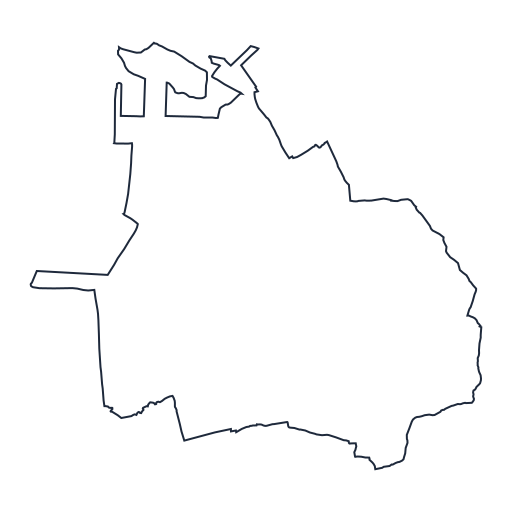 outline of Fruntiseni, Vaslui, Romania
{"feature_id": "2599482B75972445182391", "entity_name": "Fruntiseni", "entity_type": "district", "adm_level": 2, "iso_a3": "ROU", "parent_name": "Romania", "parent_adm1": "Vaslui", "projection": "mercator", "projection_center": [27.757, 46.208], "detail": "fine", "context": "isolated", "style": "outline", "palette": "slate", "viewbox_px": 512, "rotation_deg": 0, "n_neighbors": 0, "source": "geoboundaries", "source_scale": "gbopen_adm2", "svg_char_len": 5999}
<svg xmlns="http://www.w3.org/2000/svg" viewBox="0 0 512 512"><path d="M476.1,288.6L473.1,285.3L470.9,282.3L469.4,280.9L468.7,278.9L466.5,275.3L463.0,272.7L459.9,270.0L458.0,263.1L453.9,259.7L450.2,257.2L446.6,252.6L446.0,251.1L446.5,246.8L444.4,242.9L443.3,240.0L443.6,237.3L439.5,234.1L432.6,230.5L431.0,228.7L429.9,225.9L422.4,215.5L420.1,212.9L419.3,212.6L416.7,209.7L415.7,207.4L416.1,206.8L414.2,205.2L411.2,200.9L410.2,200.3L408.1,199.3L407.4,199.2L401.1,199.8L397.5,201.1L394.3,201.0L391.6,200.7L391.8,200.4L391.1,200.1L386.4,199.0L383.5,198.6L371.3,200.6L366.8,200.7L364.7,200.4L358.5,200.9L357.3,201.3L355.9,201.4L353.8,201.3L350.3,200.7L348.9,184.8L346.9,182.9L345.4,181.1L344.4,179.6L343.6,177.2L340.9,171.8L337.9,166.6L337.5,164.7L336.3,161.3L327.1,141.5L325.8,142.4L324.7,142.9L324.5,143.5L323.4,144.6L321.9,145.4L320.8,146.9L319.8,147.6L319.2,147.6L318.8,147.4L317.0,145.6L315.8,144.8L315.3,144.9L314.4,146.4L313.0,146.9L307.8,150.7L301.1,154.8L297.1,157.0L293.2,158.1L292.2,156.4L289.2,158.2L285.4,152.5L281.7,146.3L281.1,144.9L279.3,139.7L277.8,136.7L276.9,135.4L274.5,130.2L271.9,125.7L270.3,121.9L268.7,119.5L267.8,118.4L266.4,117.5L264.0,114.4L258.9,108.4L258.0,106.7L256.4,102.7L255.2,99.0L254.8,97.0L254.5,94.3L254.5,92.2L257.9,91.3L255.4,87.5L256.1,86.7L241.1,65.3L251.2,55.5L257.4,49.9L258.4,48.5L254.2,47.0L250.7,46.1L246.9,50.2L230.8,65.6L227.7,62.8L225.2,60.2L224.4,58.8L209.6,56.1L209.1,56.6L209.3,57.4L210.8,58.4L211.6,61.1L211.8,62.8L213.7,63.6L217.7,64.7L219.2,65.2L219.9,65.8L217.3,68.6L214.4,72.3L212.0,76.1L212.3,77.0L215.3,78.7L217.0,79.4L224.5,84.3L237.5,91.3L240.5,92.6L241.7,93.7L241.1,93.6L240.1,93.9L239.2,94.6L230.8,102.7L228.6,104.1L227.6,104.5L225.6,104.6L221.3,107.2L219.9,108.6L218.5,114.5L217.9,117.6L217.8,117.9L215.8,118.0L212.2,117.5L203.5,117.5L199.6,116.8L165.6,116.0L166.7,82.6L167.1,82.6L169.0,83.4L169.7,84.0L172.9,87.6L174.0,89.1L175.0,91.9L175.4,92.4L177.6,93.2L178.9,93.3L181.9,92.8L183.7,93.0L185.9,94.0L189.4,96.8L193.4,97.1L196.1,98.1L198.9,98.3L202.1,98.2L204.3,97.4L205.7,96.2L206.0,85.5L207.0,79.9L206.9,72.3L205.1,70.6L200.6,68.6L195.3,65.5L193.0,63.5L189.5,61.9L181.6,56.2L174.2,51.6L170.5,50.8L167.4,49.5L161.9,46.4L159.0,45.3L157.1,43.9L155.7,43.5L155.0,43.6L153.9,42.8L148.5,47.9L146.4,49.2L144.8,49.5L140.9,52.5L136.6,52.7L134.2,52.2L123.0,49.2L120.6,48.3L119.0,47.2L119.1,48.3L118.9,49.8L118.0,50.8L118.1,54.4L121.4,58.3L124.0,62.7L125.0,66.0L126.1,68.1L128.6,71.2L133.8,74.3L138.1,75.8L145.1,78.9L143.8,116.3L140.2,116.4L136.2,116.2L120.8,115.9L121.4,84.6L121.0,83.7L120.1,83.2L118.8,82.9L117.0,83.9L116.7,88.3L116.0,88.9L115.0,99.3L114.8,134.4L114.4,141.4L114.3,142.8L114.1,143.2L116.4,143.5L128.2,143.6L131.9,143.2L132.1,144.6L132.1,146.6L131.4,155.6L131.1,163.2L130.3,174.1L128.1,194.0L126.5,203.0L124.6,212.2L124.2,213.4L123.9,213.9L123.5,214.0L124.5,215.0L130.3,218.2L132.5,219.7L137.7,223.8L137.8,224.2L137.0,227.4L135.7,230.4L133.8,233.7L129.3,240.5L124.2,249.0L117.7,258.3L114.1,264.8L107.7,274.9L36.8,271.0L31.9,282.7L30.9,283.7L30.7,284.3L31.0,285.9L31.7,286.5L33.0,287.2L39.5,288.2L54.0,288.4L72.4,288.1L77.3,288.6L83.3,290.0L88.3,290.5L94.3,289.9L95.5,298.4L97.5,309.8L98.0,313.7L98.4,320.1L98.9,334.1L99.3,348.7L100.5,367.1L101.1,371.7L102.1,384.2L102.7,388.6L103.6,400.5L104.4,406.1L105.3,406.1L107.9,406.5L108.8,407.5L110.1,407.9L112.1,407.8L112.3,407.9L112.4,409.0L110.8,410.8L110.6,411.3L110.8,411.6L112.2,411.8L117.7,415.2L121.3,418.0L131.4,416.1L133.1,415.0L134.5,414.4L135.0,414.4L136.4,414.9L137.2,413.2L137.8,412.5L138.7,412.0L139.6,412.3L140.1,413.0L141.2,413.1L141.5,412.4L142.3,411.1L143.4,410.0L143.4,409.5L142.8,408.7L143.1,407.8L146.5,406.2L147.8,406.4L148.2,404.6L149.2,403.3L150.2,402.3L153.1,402.7L154.3,403.3L154.9,404.3L155.8,404.2L156.2,404.0L156.3,402.7L156.9,402.1L158.3,401.7L159.5,402.1L160.1,402.1L162.1,400.9L164.7,398.8L167.0,397.6L169.9,396.4L172.5,395.9L173.6,397.8L174.7,400.8L174.9,402.9L174.9,406.5L175.1,407.2L175.8,408.2L176.6,410.1L176.6,411.5L177.0,413.0L179.8,424.0L181.5,431.5L184.3,440.6L214.9,432.4L230.9,429.0L231.0,431.4L235.9,430.5L236.2,432.2L241.8,428.9L246.4,427.0L249.1,426.6L250.1,425.9L251.8,425.8L252.7,425.5L256.5,425.4L256.9,424.3L257.8,424.5L260.1,424.4L261.6,424.6L263.5,425.5L265.2,425.9L266.6,425.8L272.4,424.2L274.1,424.1L287.2,422.0L287.5,422.2L287.7,422.8L288.2,426.0L288.6,426.9L289.0,427.3L289.9,427.6L294.4,428.0L299.5,429.6L300.3,429.5L305.3,430.5L309.9,432.5L315.0,433.8L316.5,434.4L322.0,435.2L327.0,434.8L328.9,435.1L336.1,437.4L343.7,440.2L346.1,440.4L348.7,441.2L348.9,442.9L349.4,443.5L349.8,443.6L350.9,443.4L355.7,443.3L356.3,446.4L355.8,448.1L355.5,449.6L354.3,452.2L355.0,456.4L355.2,456.8L357.4,456.5L361.2,456.7L365.3,457.5L369.2,457.6L369.5,458.5L369.5,459.8L372.4,462.5L373.7,464.1L374.8,466.1L375.3,469.2L382.2,467.8L383.7,466.8L389.6,466.0L391.6,464.5L392.7,464.6L395.6,463.0L397.7,462.2L399.5,461.9L402.1,460.6L403.5,459.3L404.1,456.9L405.2,453.4L405.7,447.9L407.5,442.9L407.4,440.3L406.9,439.0L406.8,434.9L409.4,428.2L411.8,421.6L413.0,419.5L415.2,417.7L417.0,417.0L419.3,416.8L421.8,416.2L424.7,415.2L429.2,414.6L432.6,415.2L434.6,415.0L440.4,411.8L441.2,410.5L442.7,409.9L443.9,409.9L445.3,408.8L451.6,405.9L453.2,405.6L457.8,404.0L460.1,404.2L461.2,404.0L462.9,403.3L465.1,402.8L466.0,403.1L471.8,402.8L472.7,401.8L473.7,400.3L473.9,399.4L473.9,398.5L473.5,397.7L473.1,396.2L473.5,394.8L473.5,394.0L473.2,393.0L473.1,392.2L473.5,390.5L475.0,389.6L475.6,388.8L476.5,386.9L479.4,384.1L480.1,383.2L480.9,380.3L481.0,378.5L480.6,375.2L479.3,372.4L478.9,371.2L478.3,368.4L478.4,367.4L477.6,365.2L477.7,364.5L477.6,362.4L477.9,361.2L477.7,358.1L478.8,355.5L479.1,353.2L479.0,350.1L479.5,343.4L480.7,337.7L480.7,334.9L481.3,327.2L479.7,326.5L480.3,325.7L480.1,325.5L479.8,325.3L479.5,324.7L479.0,324.1L477.8,323.1L476.5,320.1L474.8,318.3L472.8,317.2L470.8,316.5L468.9,315.6L467.4,315.6L469.1,309.9L469.7,308.5L470.6,307.3L472.7,301.2L474.6,294.3L475.7,291.7L476.1,290.2L476.1,288.6Z" fill="none" stroke="#1e293b" stroke-width="2"/></svg>